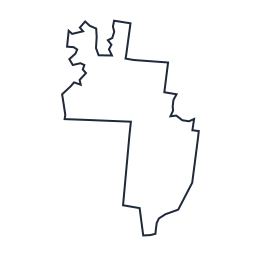 the district of Imigrante, Rio Grande do Sul, Brazil, rotated 277°
{"feature_id": "56859067B16488367514082", "entity_name": "Imigrante", "entity_type": "district", "adm_level": 2, "iso_a3": "BRA", "parent_name": "Brazil", "parent_adm1": "Rio Grande do Sul", "projection": "mercator", "projection_center": [-51.758, -29.341], "detail": "fine", "context": "isolated", "style": "outline", "palette": "slate", "viewbox_px": 256, "rotation_deg": 277, "n_neighbors": 0, "source": "geoboundaries", "source_scale": "gbopen_adm2", "svg_char_len": 986}
<svg xmlns="http://www.w3.org/2000/svg" viewBox="0 0 256 256"><g transform="rotate(277 128 128)"><path d="M228.5,72.5L221.8,68.0L218.5,71.6L214.6,61.1L217.3,57.3L201.3,57.6L201.6,64.2L199.7,68.0L195.4,66.8L189.2,61.4L183.8,65.5L186.5,72.9L185.2,77.0L180.5,76.0L177.4,79.6L169.8,74.1L165.2,75.8L166.7,68.9L162.5,66.1L153.4,58.5L143.3,61.4L133.2,64.2L129.1,64.0L130.7,82.6L134.6,130.1L121.4,130.3L60.4,132.2L50.7,132.5L49.9,149.3L23.2,156.2L24.4,163.1L26.3,168.1L32.0,168.0L37.3,168.1L42.0,169.7L47.0,175.7L53.1,187.8L81.5,198.4L110.8,198.6L127.8,198.7L133.6,198.6L133.6,192.2L145.0,192.5L142.1,187.7L142.3,181.0L146.2,174.4L144.8,168.7L150.7,170.6L155.1,169.7L161.5,169.7L167.4,172.1L167.9,159.7L197.9,159.8L196.7,135.8L196.2,125.3L196.6,117.1L200.4,117.3L232.2,117.7L232.8,101.1L226.8,100.7L221.8,102.6L215.4,101.4L212.7,97.3L208.6,101.4L203.8,99.5L198.0,103.2L196.6,90.0L203.4,86.5L214.6,85.8L222.8,84.3L224.8,77.6L228.5,72.5Z" fill="none" stroke="#1e293b" stroke-width="2"/></g></svg>